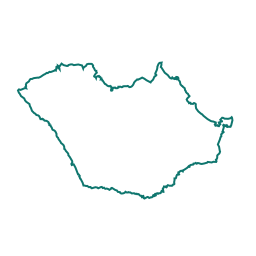 outline of Predeal-Sarari, Prahova, Romania, rotated 83°
{"feature_id": "2599482B64670860435463", "entity_name": "Predeal-Sarari", "entity_type": "district", "adm_level": 2, "iso_a3": "ROU", "parent_name": "Romania", "parent_adm1": "Prahova", "projection": "equal_earth", "projection_center": [26.111, 45.192], "detail": "fine", "context": "isolated", "style": "outline", "palette": "teal", "viewbox_px": 256, "rotation_deg": 83, "n_neighbors": 0, "source": "geoboundaries", "source_scale": "gbopen_adm2", "svg_char_len": 5758}
<svg xmlns="http://www.w3.org/2000/svg" viewBox="0 0 256 256"><g transform="rotate(83 128 128)"><path d="M115.5,205.7L116.0,204.5L116.9,204.5L118.1,203.7L120.3,203.2L120.8,202.7L121.4,201.5L122.6,200.5L125.0,199.7L127.0,199.9L128.2,199.5L129.2,198.6L130.6,198.3L133.2,196.8L134.9,196.2L135.9,195.1L137.3,194.0L138.9,193.6L141.0,193.8L141.4,193.2L143.3,192.4L145.4,190.9L146.5,190.4L147.8,190.5L149.5,189.4L153.9,187.5L155.2,187.4L156.8,188.6L157.9,188.3L157.4,186.4L157.8,186.2L160.8,185.0L167.7,183.3L167.6,183.0L168.1,182.6L169.6,181.8L169.9,182.2L169.5,182.4L170.3,182.3L170.6,182.0L172.4,181.7L172.6,181.3L176.8,179.7L179.7,179.2L179.8,178.2L180.5,176.6L180.5,175.6L182.0,173.9L181.9,172.9L182.0,172.4L183.3,171.6L183.4,171.2L182.8,167.6L183.3,165.9L184.2,164.9L183.3,162.0L183.3,161.2L184.5,160.4L184.3,159.1L185.1,158.6L185.6,157.9L185.5,156.5L186.3,154.9L187.1,154.0L186.3,152.3L185.5,151.8L185.5,151.2L187.9,148.3L188.7,146.6L190.1,145.9L190.7,143.8L191.5,143.6L192.2,142.7L192.3,141.1L192.1,140.0L191.7,138.9L191.0,138.3L191.8,137.2L192.0,136.0L191.7,135.4L192.1,134.7L192.2,133.6L193.4,132.2L193.5,129.9L194.1,129.3L194.2,128.5L194.6,128.0L194.3,127.3L194.9,126.5L194.9,125.5L196.3,124.5L196.8,123.8L196.9,123.0L198.5,122.6L198.5,122.3L197.4,121.7L197.3,121.1L199.7,120.7L200.0,120.2L198.8,117.1L199.0,116.5L200.0,115.5L200.0,115.0L199.6,114.0L199.7,112.8L199.3,112.1L197.7,111.0L197.9,110.6L198.8,110.3L198.3,108.6L197.6,108.6L197.0,109.3L196.7,109.1L196.7,108.0L196.3,107.0L196.9,106.5L197.0,106.2L196.5,105.3L196.7,104.2L196.5,103.5L194.6,102.3L195.7,100.9L195.7,100.6L192.3,100.8L191.5,99.8L190.5,99.5L190.7,98.9L190.5,98.3L191.3,97.7L191.6,97.1L191.2,96.6L190.3,96.4L189.6,95.4L190.3,94.0L190.5,92.9L190.4,92.1L190.7,91.7L190.6,91.0L189.6,90.1L189.5,89.1L189.2,88.8L187.3,88.8L185.6,88.2L183.7,88.0L183.8,86.8L183.4,86.4L181.6,85.8L180.4,85.0L180.2,84.4L180.5,83.3L180.2,82.9L178.8,83.6L178.1,83.4L178.0,82.4L177.3,81.7L176.9,80.4L177.0,80.0L177.8,78.9L176.6,78.4L176.4,77.5L174.8,74.2L173.4,72.5L174.1,72.0L174.0,71.6L172.8,71.3L172.3,70.2L172.2,67.7L171.3,67.3L171.4,66.1L170.9,65.0L171.8,64.2L171.7,63.8L171.3,63.2L171.5,62.1L172.4,60.3L172.7,59.2L172.5,56.7L172.1,54.1L172.0,53.6L171.4,53.0L172.4,49.1L171.9,47.3L172.2,46.1L172.4,44.6L171.7,44.2L170.2,44.6L169.6,43.7L168.5,43.1L166.3,42.8L165.8,42.4L164.4,40.4L162.7,39.5L161.8,39.7L157.6,39.9L155.3,40.8L150.6,38.2L148.4,37.3L147.7,36.4L145.7,36.3L145.3,35.6L144.9,35.5L144.7,35.0L143.7,33.6L143.4,33.8L143.7,34.4L143.1,34.7L142.6,34.2L141.9,34.1L138.9,32.8L138.4,32.7L136.9,33.2L136.5,32.8L137.0,32.2L137.0,31.6L137.8,31.4L137.9,31.1L137.2,29.6L137.5,29.4L138.0,29.9L138.3,29.9L138.5,29.4L138.9,29.6L139.1,29.3L139.0,28.2L139.3,26.2L138.5,25.9L138.3,25.4L133.1,23.4L130.6,23.5L129.9,23.8L130.8,25.1L131.1,27.4L130.5,31.0L129.5,32.4L129.3,33.3L131.1,35.4L132.4,34.7L132.7,33.9L132.9,33.9L133.6,37.2L135.2,36.8L135.3,36.7L134.9,36.2L135.5,35.9L136.7,37.4L137.2,37.5L137.1,38.3L136.1,39.0L136.1,40.0L136.5,40.5L136.4,40.9L135.0,41.4L133.9,40.2L133.2,40.2L131.9,42.7L131.7,43.7L131.2,44.9L128.8,48.0L125.1,51.6L123.4,52.8L122.9,53.6L120.1,56.2L116.9,58.0L114.2,58.1L112.7,57.8L112.2,58.0L111.3,59.3L111.3,59.7L112.0,60.5L111.6,62.8L110.6,63.0L110.7,64.3L110.2,64.2L108.8,65.6L106.9,66.3L105.8,65.5L104.0,63.1L103.7,63.1L102.9,63.8L101.3,64.4L100.7,65.2L99.3,66.1L98.3,66.2L97.6,66.7L95.4,66.9L93.8,68.5L93.0,68.9L92.8,69.4L91.1,70.6L88.1,70.9L86.1,72.3L84.9,71.9L84.0,72.1L83.8,72.6L83.4,72.9L83.2,73.9L83.9,74.4L84.5,74.4L84.5,75.1L84.8,75.3L84.8,74.5L85.0,74.0L85.3,74.1L85.1,74.4L85.1,75.5L84.2,75.8L84.3,77.1L83.2,77.9L84.2,78.7L83.8,79.7L83.0,80.5L80.4,82.0L77.6,84.8L72.0,87.5L71.5,88.0L69.4,87.1L68.1,87.1L67.2,86.7L67.2,88.8L68.3,90.0L70.8,91.4L72.1,91.6L73.9,92.3L77.2,94.3L78.2,94.2L78.5,93.5L78.9,93.4L79.9,94.5L80.2,95.5L82.6,96.9L83.5,97.7L84.6,99.3L85.5,100.0L82.8,103.9L81.1,105.7L79.7,107.8L80.5,109.8L80.8,111.0L81.2,111.7L80.9,113.0L81.5,113.5L81.9,114.5L83.5,116.3L85.6,117.5L86.6,118.5L87.2,119.3L87.6,120.4L87.6,121.7L86.4,122.8L86.2,123.3L86.4,123.8L86.0,127.4L86.2,127.5L86.3,128.2L86.7,128.6L86.7,129.5L86.1,130.4L85.9,132.5L86.7,132.5L87.2,133.9L87.0,135.3L86.2,136.0L86.5,137.1L86.1,137.9L86.1,138.6L88.3,138.7L89.0,139.5L88.8,140.2L88.3,140.3L86.6,139.5L84.6,139.9L84.4,140.6L84.1,140.7L84.3,141.8L83.6,143.2L81.6,145.0L81.4,145.6L78.1,147.2L77.8,147.7L77.0,147.7L76.5,148.1L76.5,149.0L75.5,148.4L75.2,149.0L74.3,149.1L73.2,150.1L73.7,150.4L73.2,151.2L72.8,151.4L73.0,152.3L73.6,153.3L74.5,153.6L73.9,153.8L72.7,155.3L72.2,155.2L69.9,153.3L69.5,152.4L69.1,152.2L67.9,152.7L67.5,152.6L67.5,153.0L66.6,153.8L64.5,154.4L63.4,155.1L62.4,155.3L61.7,155.0L60.1,156.0L59.9,156.4L59.5,159.6L59.8,161.1L61.2,162.1L62.6,164.8L63.5,165.2L60.3,166.0L58.9,169.6L59.0,174.1L58.1,175.6L57.9,177.0L58.2,179.1L58.6,179.9L59.0,180.1L59.0,181.0L57.7,184.3L56.0,186.1L58.5,188.4L58.2,188.6L58.4,189.2L57.8,189.8L58.8,189.7L60.4,188.8L61.2,188.8L59.2,190.0L58.9,190.5L58.5,190.3L58.1,190.6L58.6,191.6L59.3,191.7L59.9,191.4L60.5,191.7L60.7,192.2L62.2,192.6L61.7,193.6L62.1,194.1L62.9,197.3L63.0,198.2L62.7,198.8L62.7,199.1L63.7,201.0L63.4,201.9L64.5,204.0L64.8,205.1L66.6,208.6L67.2,210.6L67.0,211.1L67.0,214.5L67.1,215.9L67.6,217.0L67.5,218.7L67.9,219.4L69.7,220.7L71.2,223.4L72.6,224.1L74.0,224.0L74.5,224.7L76.2,224.2L75.9,225.0L75.9,225.6L77.1,230.0L76.4,231.5L77.3,232.6L79.7,232.0L80.7,231.3L83.3,230.3L86.0,227.4L88.1,226.8L89.6,225.8L92.2,222.9L94.3,222.7L96.3,221.9L99.3,221.2L101.8,219.3L102.3,218.5L103.3,217.7L103.9,217.4L104.5,215.7L105.1,215.0L106.0,214.5L108.5,213.8L108.6,213.0L108.4,212.1L108.9,211.9L108.8,211.3L109.1,210.9L110.5,210.0L111.0,207.9L112.3,206.4L113.0,206.0L113.9,206.1L114.4,205.4L115.5,205.7Z" fill="none" stroke="#0f766e" stroke-width="2"/></g></svg>